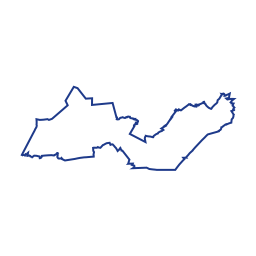 outline of Mazatepec, Morelos, Mexico, rotated 84°
{"feature_id": "50627088B77500385000794", "entity_name": "Mazatepec", "entity_type": "district", "adm_level": 2, "iso_a3": "MEX", "parent_name": "Mexico", "parent_adm1": "Morelos", "projection": "equal_earth", "projection_center": [-99.367, 18.688], "detail": "fine", "context": "isolated", "style": "outline", "palette": "blue", "viewbox_px": 256, "rotation_deg": 84, "n_neighbors": 0, "source": "geoboundaries", "source_scale": "gbopen_adm2", "svg_char_len": 5629}
<svg xmlns="http://www.w3.org/2000/svg" viewBox="0 0 256 256"><g transform="rotate(84 128 128)"><path d="M151.0,197.2L152.5,196.1L153.7,194.1L153.2,184.1L152.9,181.3L152.7,178.8L152.6,174.7L152.7,173.0L152.8,167.5L152.9,165.1L151.8,165.0L151.1,165.1L149.9,164.8L148.4,164.3L147.1,164.9L144.1,164.8L144.0,163.8L144.1,163.6L144.4,161.0L143.8,160.0L144.4,159.1L144.8,157.5L142.4,154.8L142.2,154.0L141.4,152.2L140.9,150.8L140.8,147.8L142.9,147.2L142.8,146.8L142.6,146.2L142.6,145.5L142.7,145.0L142.9,144.8L144.5,143.6L145.6,142.9L146.6,142.1L148.3,141.3L149.8,140.7L149.2,139.9L148.8,139.3L147.0,137.7L147.4,137.5L148.1,137.5L148.5,137.4L148.9,137.0L149.4,136.8L149.8,136.8L149.9,136.5L150.0,135.9L159.6,129.9L160.7,130.4L162.7,131.2L163.2,131.2L163.6,131.6L163.7,129.3L163.8,128.3L163.9,126.9L164.6,127.2L165.2,127.9L165.5,127.4L166.1,125.7L167.0,125.7L167.9,125.8L168.1,126.5L168.5,127.3L169.4,113.7L170.4,112.0L170.8,111.4L171.0,111.1L171.7,108.1L172.3,105.2L172.7,103.5L174.6,85.4L172.2,83.2L169.6,80.7L166.0,76.7L164.8,75.2L163.4,76.1L163.6,73.2L163.3,73.4L161.3,71.1L159.7,69.5L159.2,68.9L157.1,66.0L156.9,66.0L154.3,63.2L147.9,55.8L145.3,52.5L144.5,51.6L143.7,50.6L142.9,49.6L142.7,49.2L141.1,39.7L140.8,38.2L140.5,38.3L140.2,37.7L139.7,36.9L139.7,36.6L139.5,36.2L139.2,36.0L138.6,35.5L137.1,35.1L137.1,34.9L137.1,34.7L136.5,33.6L135.8,32.7L135.6,32.1L134.7,30.7L134.5,29.8L134.8,29.7L134.0,27.3L133.7,25.8L133.6,25.6L133.5,24.7L130.3,24.0L128.9,22.5L128.6,22.4L128.3,22.3L127.8,22.0L126.7,21.8L126.2,21.7L125.7,21.4L125.2,21.8L123.7,22.5L122.0,23.4L121.4,21.0L120.7,21.4L120.3,20.8L120.1,21.0L119.7,21.1L118.9,20.7L118.7,20.2L118.3,20.5L117.8,20.7L117.4,20.9L116.9,21.5L116.6,21.4L116.3,21.6L114.7,20.5L114.1,23.4L114.1,23.1L113.7,22.5L113.2,23.2L112.4,22.4L112.0,22.1L111.7,22.0L111.4,21.4L111.2,21.3L110.9,20.7L110.2,19.6L109.9,21.6L109.9,22.6L109.7,23.9L109.9,24.4L110.0,26.2L108.9,27.2L108.7,25.0L108.2,24.3L107.3,24.1L104.4,23.2L105.1,25.1L105.3,26.1L105.9,27.3L106.1,28.1L106.1,28.7L104.9,28.4L104.4,28.7L104.0,29.0L103.7,29.7L104.2,30.2L103.9,31.4L104.1,31.3L105.3,31.6L105.3,31.8L108.4,34.1L109.7,35.9L110.9,36.3L111.6,36.4L112.6,37.2L114.0,39.4L115.6,41.3L116.0,41.8L117.6,43.1L117.7,43.3L116.4,45.5L115.4,46.5L114.0,47.7L113.3,48.1L112.5,48.3L111.7,49.3L111.2,49.3L110.8,49.3L109.9,49.6L110.0,50.3L110.5,50.5L111.0,50.6L111.0,51.0L111.2,52.1L111.4,52.5L111.7,53.4L111.9,54.0L111.9,54.5L112.0,54.8L112.8,55.1L113.0,55.6L113.0,56.0L112.2,56.2L112.2,57.0L111.8,57.4L111.8,58.4L112.6,58.4L112.8,58.3L112.9,57.9L113.1,57.8L113.4,57.7L113.9,57.8L113.9,58.0L113.5,58.6L113.5,59.0L113.4,59.4L113.5,59.8L113.4,59.9L113.3,60.1L113.1,60.1L112.9,60.8L112.8,61.2L111.7,62.5L111.9,62.8L111.7,63.5L110.8,63.6L110.8,64.5L110.7,64.9L111.0,65.2L113.0,68.5L113.2,68.9L113.5,69.5L115.0,71.9L115.8,73.1L116.0,73.5L115.6,74.7L115.4,74.5L114.8,75.5L115.2,75.8L115.8,76.3L114.5,78.4L114.7,78.6L115.4,77.6L115.6,77.7L114.9,78.8L115.5,79.4L115.1,80.1L116.8,79.0L121.5,83.5L121.8,83.0L123.4,84.7L123.5,84.5L125.4,86.4L127.4,88.0L129.3,89.8L129.1,90.2L129.8,91.4L130.1,90.9L131.2,93.4L131.5,93.9L132.0,94.9L133.2,93.3L133.6,93.0L134.0,93.9L134.4,94.4L134.5,94.7L134.7,95.4L134.7,95.9L135.6,98.0L135.8,98.4L136.4,98.7L136.6,98.9L136.9,100.2L137.2,100.9L138.6,103.3L139.4,103.7L139.5,103.8L139.8,103.9L139.8,104.1L138.8,106.8L138.6,108.0L138.1,109.9L137.7,111.0L137.8,111.0L138.5,111.8L140.0,112.4L143.8,112.1L134.1,126.8L126.9,121.5L126.5,121.9L126.1,121.8L125.7,121.4L125.4,121.3L125.3,121.2L125.0,120.7L125.2,120.1L124.9,119.7L124.7,119.5L124.7,119.4L124.7,119.1L125.0,118.8L125.0,118.6L124.8,118.3L124.7,118.3L124.2,118.8L123.6,119.6L123.4,119.6L123.4,119.4L123.4,118.3L123.3,118.2L123.2,117.9L123.0,117.6L122.7,117.4L122.4,117.4L122.1,117.3L121.1,118.2L120.9,118.7L120.3,120.4L119.8,120.1L119.8,120.3L119.6,120.4L119.6,121.0L119.6,121.7L119.2,121.8L119.0,122.0L118.7,123.5L118.5,124.2L118.1,124.7L117.9,125.0L117.5,125.2L117.2,125.1L117.2,125.3L116.7,126.0L116.8,126.4L116.7,126.9L117.0,127.4L116.8,127.5L116.9,127.9L117.0,128.7L117.1,128.9L117.2,129.0L117.6,129.2L117.7,130.0L117.5,130.7L116.7,132.3L116.9,132.9L117.0,133.5L117.0,134.2L117.2,134.8L117.9,135.6L118.3,136.0L118.4,136.9L118.4,137.4L118.2,138.1L118.1,138.3L116.4,137.8L116.2,137.9L115.9,138.2L115.8,138.5L115.2,138.5L114.1,138.7L101.5,140.7L101.3,161.4L94.7,160.6L94.4,166.9L83.1,174.0L81.4,177.6L94.4,187.3L99.1,185.6L99.4,185.9L99.6,186.3L105.6,194.9L110.8,202.4L111.0,202.8L111.7,205.8L110.8,207.1L110.9,211.0L110.8,213.7L110.7,215.0L109.7,218.1L112.3,218.2L113.2,218.3L114.0,218.4L114.5,218.5L114.8,218.6L116.1,218.5L117.4,218.9L118.4,219.6L119.6,220.5L120.7,221.1L123.5,223.0L143.7,236.4L144.0,235.9L143.6,235.6L143.8,235.2L144.2,233.9L144.6,233.4L143.3,232.6L143.6,231.9L143.9,231.5L143.9,231.3L143.7,231.2L143.9,231.3L143.9,231.1L143.5,231.0L143.1,230.8L142.7,230.7L142.2,230.0L142.6,230.1L143.2,230.5L145.2,230.9L145.1,229.7L144.9,229.5L144.9,229.4L144.9,229.2L145.1,228.9L145.3,228.6L145.5,228.3L145.8,228.3L146.0,228.2L146.2,227.8L146.3,227.5L146.4,227.4L146.8,226.4L147.0,226.3L146.1,224.9L145.7,224.2L146.1,221.8L146.5,220.8L147.1,218.9L148.8,218.9L148.8,218.6L148.6,217.8L148.2,217.3L147.8,217.0L147.3,216.6L146.7,216.5L146.7,215.9L146.7,213.5L146.8,210.5L147.0,207.0L147.6,204.5L147.2,204.0L147.3,203.8L146.7,202.6L146.6,202.0L146.1,201.4L145.9,201.2L145.7,201.3L145.5,201.1L145.5,200.7L145.8,200.4L146.1,200.7L146.5,200.7L146.7,200.8L147.4,200.7L147.7,200.8L148.0,200.9L148.6,201.0L149.2,201.3L149.5,201.3L150.1,201.0L150.7,200.7L151.0,200.4L151.1,200.1L151.2,199.7L151.3,197.7L151.5,197.5L151.0,197.2Z" fill="none" stroke="#1e3a8a" stroke-width="2"/></g></svg>